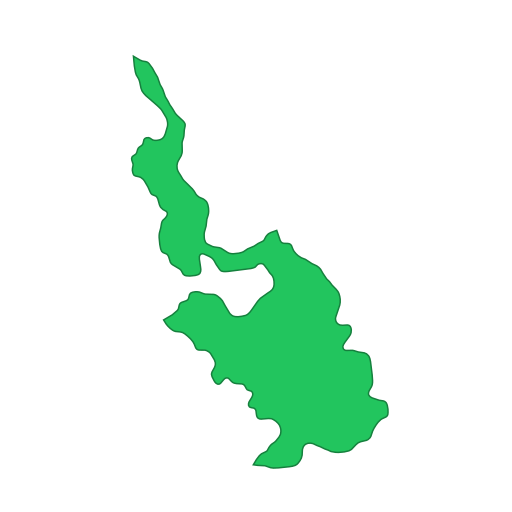 outline of Cambita Garabito, San Cristóbal, Dominican Republic, rotated 353°
{"feature_id": "3306468B64395738690475", "entity_name": "Cambita Garabito", "entity_type": "district", "adm_level": 2, "iso_a3": "DOM", "parent_name": "Dominican Republic", "parent_adm1": "San Cristóbal", "projection": "natural_earth1", "projection_center": [-70.253, 18.535], "detail": "fine", "context": "isolated", "style": "filled", "palette": "green", "viewbox_px": 512, "rotation_deg": 353, "n_neighbors": 0, "source": "geoboundaries", "source_scale": "gbopen_adm2", "svg_char_len": 6142}
<svg xmlns="http://www.w3.org/2000/svg" viewBox="0 0 512 512"><g transform="rotate(353 256 256)"><path d="M227.9,462.9L232.1,464.0L239.4,465.3L244.7,467.9L247.5,468.6L252.5,469.0L263.5,469.2L266.5,469.1L269.4,468.6L271.2,467.8L272.7,466.6L274.7,464.5L276.4,462.1L277.5,459.3L278.5,453.7L279.6,451.3L280.8,449.9L282.2,448.9L284.7,448.2L287.4,448.4L289.8,449.2L293.4,451.5L296.5,453.1L300.8,455.9L304.0,457.5L306.6,459.2L310.9,460.5L313.8,461.0L319.7,461.2L324.5,460.7L327.2,459.6L332.3,455.4L334.6,453.9L337.2,453.1L343.3,452.4L344.9,451.8L347.0,450.3L348.0,449.0L350.4,444.0L352.1,441.4L354.7,438.2L356.9,435.9L360.0,433.5L361.6,432.8L365.4,431.6L366.7,430.7L367.2,430.0L367.6,429.1L368.0,427.2L368.3,424.2L368.1,420.1L367.6,418.2L367.2,417.3L366.0,416.0L364.6,415.3L360.7,414.2L354.0,411.0L352.1,409.6L351.2,408.2L350.9,407.5L350.8,406.6L351.2,404.9L352.0,403.4L354.7,399.8L355.6,398.1L356.2,396.0L356.5,393.9L356.8,388.3L356.8,374.8L356.5,371.6L355.9,369.5L355.5,368.7L353.8,366.6L351.6,365.3L345.8,363.7L342.0,362.0L340.4,361.4L334.5,360.8L333.1,360.5L331.8,359.5L331.4,358.7L331.1,357.0L331.3,356.1L332.1,354.5L333.9,352.3L338.8,347.1L340.1,345.5L341.0,343.7L341.6,340.9L341.5,339.1L341.0,337.4L339.8,336.1L338.3,335.6L333.4,335.3L330.9,334.7L329.5,333.8L328.3,332.5L327.5,330.9L327.3,330.0L327.2,328.0L327.7,326.3L333.1,315.0L333.9,312.3L334.3,309.2L334.2,306.2L333.7,303.2L333.0,301.3L331.4,298.7L327.9,294.1L325.8,290.4L323.4,287.5L320.3,281.4L318.5,277.1L317.0,275.0L315.1,273.2L310.6,270.4L304.7,265.4L300.8,263.3L297.8,260.8L295.9,258.5L294.3,256.0L293.6,254.2L292.5,250.0L291.7,248.7L290.4,247.8L288.9,247.4L285.1,246.8L283.7,246.2L283.1,245.7L282.6,245.1L281.9,243.5L279.7,233.1L273.5,234.5L271.0,235.5L269.1,237.0L268.0,238.2L266.2,240.8L265.7,241.4L264.4,242.2L259.7,243.8L255.3,246.0L248.6,247.9L244.1,250.2L242.3,250.7L239.4,251.1L233.5,251.0L231.6,250.6L229.8,250.0L228.2,249.0L222.3,244.1L220.7,243.3L215.6,241.9L214.0,241.3L209.3,238.3L208.1,237.1L207.6,236.3L206.9,233.4L206.9,231.3L207.2,228.0L207.7,226.0L210.1,220.2L211.7,213.5L213.5,209.5L214.1,207.7L214.5,205.7L214.7,202.6L214.5,199.6L214.1,197.7L213.4,195.9L211.7,193.9L210.4,192.8L206.8,190.7L205.0,188.9L204.0,187.5L202.5,184.1L201.0,181.6L193.7,172.4L192.7,170.8L191.2,167.3L189.3,163.3L188.7,161.5L188.4,159.5L188.6,156.5L189.5,153.7L190.5,152.0L194.0,147.3L195.2,144.6L195.6,142.7L196.4,134.7L197.0,132.9L198.5,129.7L199.1,127.9L200.2,122.2L201.5,118.3L201.7,116.7L201.6,115.9L200.9,114.3L199.9,112.8L194.9,106.9L193.3,104.6L191.0,99.4L188.9,95.4L187.6,91.8L185.4,86.9L184.0,80.2L183.5,78.4L181.7,74.2L180.1,66.6L177.9,61.6L176.2,57.2L173.3,52.0L172.3,50.8L171.7,50.3L170.2,49.6L167.1,48.7L164.9,47.5L158.7,42.8L158.4,52.5L158.7,58.7L159.2,61.6L161.0,65.7L161.5,67.5L161.8,69.4L162.3,75.4L163.0,78.3L164.4,80.9L166.1,83.3L176.2,94.5L179.3,98.3L180.3,100.0L183.7,107.6L184.2,109.4L184.5,112.4L184.4,114.4L184.0,116.3L180.8,123.8L179.2,126.4L177.6,127.8L176.7,128.3L174.9,128.9L172.9,129.1L171.0,129.1L169.2,128.8L167.6,128.2L165.0,126.0L163.7,125.4L161.5,125.3L160.1,125.8L159.0,126.8L157.7,130.3L157.0,131.5L155.9,132.4L153.4,133.7L152.3,134.6L151.5,135.8L150.3,138.6L149.5,139.9L148.4,140.6L145.5,142.1L145.0,142.7L144.4,144.1L144.4,145.6L145.2,149.8L144.9,151.5L144.0,154.2L143.7,156.0L143.9,158.6L144.4,160.3L144.8,161.0L146.1,161.9L149.7,163.2L151.2,164.0L153.4,166.2L154.4,167.9L157.2,174.4L158.8,179.7L159.4,181.2L160.4,182.4L164.0,184.4L164.9,185.7L165.5,187.4L166.4,193.4L167.0,195.4L167.5,196.3L169.4,198.6L172.3,200.7L173.1,201.9L173.2,202.7L172.9,204.3L172.1,205.7L170.3,207.5L167.8,209.3L166.9,210.5L166.2,212.1L164.9,216.5L162.9,221.5L162.4,223.6L162.1,225.9L161.9,232.8L162.2,237.1L162.7,239.1L163.0,239.9L164.2,241.3L167.6,243.2L168.6,244.5L169.2,246.1L170.2,251.7L171.0,253.3L172.1,254.5L178.9,259.8L179.9,261.1L181.5,265.1L182.7,266.4L184.2,267.1L187.8,267.8L193.4,267.9L196.1,267.5L197.7,266.8L198.4,266.1L199.2,264.5L199.6,262.6L199.6,259.6L199.4,252.4L199.7,249.6L200.6,248.1L201.3,247.6L202.0,247.3L203.6,247.3L204.9,247.9L209.7,250.8L211.8,252.5L212.9,253.9L213.8,255.4L215.5,259.7L218.3,265.0L219.3,266.3L220.0,266.8L221.6,267.4L223.4,267.7L226.3,267.9L249.5,267.8L252.3,267.4L253.9,266.9L256.5,264.7L257.8,264.2L260.1,264.1L261.5,264.6L262.2,265.0L263.2,266.3L266.1,271.3L267.5,274.3L269.7,277.4L270.6,280.1L270.8,283.2L270.5,286.4L269.9,288.5L269.0,290.1L267.9,291.4L265.8,292.9L263.5,294.0L255.2,298.5L252.1,301.2L245.0,309.1L242.8,311.3L240.4,313.0L238.5,313.7L234.6,314.1L230.8,314.1L227.9,313.6L226.1,312.9L224.7,311.9L223.0,309.9L219.3,301.6L217.2,296.3L215.5,293.8L212.8,291.0L211.3,289.8L209.5,289.0L200.8,287.6L199.2,286.9L195.5,284.9L193.6,284.4L191.7,284.1L188.9,284.2L187.2,284.6L186.4,285.0L185.3,286.2L184.0,289.6L183.2,290.9L182.6,291.3L181.3,291.9L176.7,292.9L175.3,293.5L174.7,294.0L173.9,295.2L172.6,298.8L172.2,299.5L171.1,300.6L165.7,304.2L156.5,308.2L158.5,312.5L159.8,314.6L162.1,317.5L164.1,319.4L165.5,320.4L167.0,321.1L171.5,322.1L173.8,323.0L175.9,324.6L178.5,327.3L180.9,330.2L182.9,333.3L183.9,335.7L185.0,339.9L185.9,341.3L186.5,341.8L187.9,342.4L193.7,343.2L195.3,343.8L197.4,345.3L198.6,346.6L199.1,347.4L202.0,353.9L202.6,356.6L202.5,358.5L201.9,360.3L201.0,361.9L198.3,365.6L197.6,367.2L197.4,368.1L197.7,370.5L199.1,374.4L199.8,376.0L200.8,377.4L202.0,378.3L202.7,378.6L204.3,378.6L205.6,377.8L208.7,374.9L210.0,373.9L210.7,373.6L212.2,373.4L213.6,373.9L214.1,374.4L216.3,377.4L217.4,378.6L218.8,379.5L221.2,380.3L226.2,381.2L227.6,381.8L228.2,382.3L229.1,383.6L230.2,386.4L230.9,387.6L232.0,388.3L235.0,389.7L235.8,391.0L236.0,392.7L235.5,394.3L234.6,395.8L231.3,400.0L230.6,401.6L230.4,403.3L231.0,404.8L231.5,405.3L232.7,405.9L235.3,406.7L235.8,407.1L236.7,408.1L237.1,409.4L237.1,413.1L237.2,414.8L237.7,416.4L238.2,417.1L239.6,418.1L241.2,418.5L248.7,418.8L251.6,419.4L253.2,420.4L255.5,422.3L257.4,424.6L258.4,426.3L258.8,427.3L259.3,429.3L259.5,431.3L259.3,433.3L258.8,435.2L258.4,436.2L256.7,438.6L253.2,442.0L251.7,443.1L248.6,444.7L247.3,445.7L245.6,447.5L243.3,450.7L242.0,451.4L237.3,453.0L235.0,454.6L231.6,458.1L227.9,462.9Z" fill="#22c55e" stroke="#15803d" stroke-width="1.5"/></g></svg>